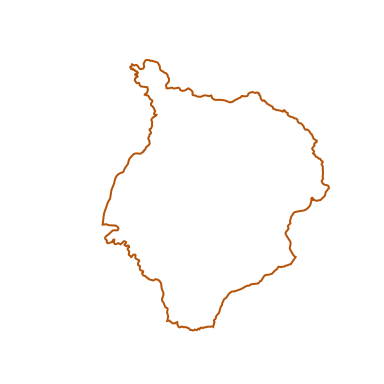 outline of Muecate, Nampula, Mozambique, rotated 215°
{"feature_id": "85939544B7087427782291", "entity_name": "Muecate", "entity_type": "district", "adm_level": 2, "iso_a3": "MOZ", "parent_name": "Mozambique", "parent_adm1": "Nampula", "projection": "robinson", "projection_center": [39.557, -14.66], "detail": "fine", "context": "isolated", "style": "outline", "palette": "amber", "viewbox_px": 384, "rotation_deg": 215, "n_neighbors": 0, "source": "geoboundaries", "source_scale": "gbopen_adm2", "svg_char_len": 6011}
<svg xmlns="http://www.w3.org/2000/svg" viewBox="0 0 384 384"><g transform="rotate(215 192 192)"><path d="M116.4,78.6L114.2,78.0L113.6,78.5L111.3,79.4L110.8,81.0L108.8,81.6L108.2,83.9L107.2,83.9L107.0,85.8L106.7,86.1L105.0,86.8L104.7,87.7L103.1,89.1L102.7,89.9L102.0,90.4L101.7,90.9L99.9,92.0L98.3,93.6L97.3,93.7L97.8,94.4L98.0,96.1L98.7,96.8L98.8,98.2L100.0,98.8L100.5,99.6L100.5,100.0L100.0,100.9L100.0,101.8L101.0,104.3L100.6,108.7L102.6,114.4L102.5,116.7L103.4,118.0L103.7,120.3L104.1,121.7L104.2,122.6L103.3,125.0L103.4,129.7L103.0,131.5L102.1,133.4L100.2,135.0L96.2,140.5L93.4,146.3L92.6,147.3L91.4,148.1L91.0,149.7L90.5,150.4L85.6,154.8L85.1,156.0L85.1,157.9L84.4,158.8L84.7,165.0L83.8,166.5L81.6,168.4L79.6,170.9L79.1,174.8L78.2,177.7L78.4,180.0L77.9,180.7L76.0,181.5L74.7,183.1L73.5,183.9L73.3,185.1L72.3,186.0L70.4,188.9L69.7,189.3L69.8,198.2L71.3,198.1L73.6,198.8L79.2,201.5L80.0,202.6L81.5,206.2L82.9,207.7L90.2,210.7L91.8,211.9L92.1,213.4L91.8,217.0L92.3,217.8L93.7,218.7L94.0,219.8L93.4,222.7L95.1,224.5L96.5,228.5L96.7,232.8L96.4,234.2L95.4,235.5L89.7,241.1L88.7,242.8L87.8,245.6L87.6,248.4L87.9,250.0L89.0,253.0L90.4,255.0L90.5,255.9L90.1,256.3L88.8,256.0L88.1,255.1L87.2,255.7L85.1,256.1L82.1,259.2L81.0,265.3L82.4,268.7L82.1,273.7L82.6,274.3L83.6,275.1L84.7,275.2L87.7,274.0L89.2,273.9L90.3,274.2L91.9,275.2L92.2,275.7L92.3,278.2L94.0,279.7L94.9,281.8L97.6,285.2L99.5,288.0L101.6,288.8L101.9,289.4L102.0,291.4L102.4,291.9L104.0,291.8L106.0,292.7L107.3,292.1L109.2,292.4L111.1,292.0L113.3,293.2L114.4,292.9L115.0,293.1L115.0,294.5L115.5,295.4L117.8,296.0L118.6,296.6L118.3,300.5L119.0,300.8L119.5,301.6L119.4,303.0L118.7,303.9L118.7,304.7L119.0,305.4L119.3,305.6L119.9,305.3L121.1,305.5L123.0,305.4L126.8,307.9L128.1,307.9L131.3,309.3L133.7,309.2L134.3,308.3L134.9,308.1L136.6,308.6L137.9,309.6L140.6,310.6L142.1,310.6L143.7,310.0L145.3,310.1L146.4,310.8L147.0,311.6L148.2,311.9L149.1,311.8L150.5,311.0L151.9,311.1L155.3,310.0L157.1,309.9L157.8,310.1L158.3,310.5L158.7,311.5L161.5,311.3L162.3,311.8L163.5,311.9L163.8,311.2L163.6,310.3L163.8,309.9L166.5,309.3L170.0,307.5L171.8,307.3L173.2,306.8L173.6,306.9L174.5,308.0L181.5,307.4L183.1,308.1L183.7,307.9L184.5,308.4L185.6,308.3L185.9,307.6L186.8,307.2L188.5,307.6L189.9,308.5L190.9,309.7L191.5,310.0L193.1,310.2L193.3,310.9L194.1,310.9L194.5,311.3L196.3,310.5L197.0,309.4L199.9,308.5L201.4,306.8L202.1,305.0L201.7,302.8L201.9,302.1L204.1,300.2L204.9,300.1L206.3,299.1L206.4,297.2L207.4,296.1L208.0,294.3L209.2,292.7L210.6,289.0L212.3,287.2L217.8,285.8L221.6,283.8L225.4,281.1L226.9,280.4L229.5,280.5L231.3,282.0L231.7,282.1L232.9,280.4L235.9,279.1L237.3,278.2L238.4,276.8L239.1,275.3L240.2,274.5L242.3,273.3L244.6,272.9L246.8,271.9L247.4,272.0L248.5,274.0L250.4,274.9L254.4,274.9L256.0,271.2L257.9,269.3L259.9,268.8L261.5,269.7L262.8,269.8L265.9,266.6L266.9,266.1L268.2,266.1L271.0,263.1L272.5,262.5L273.3,263.5L274.3,264.0L274.6,264.5L274.7,265.2L274.3,268.8L274.5,269.6L276.0,271.8L277.9,272.6L279.3,273.9L281.2,274.4L283.3,273.9L285.4,274.1L286.5,273.8L287.7,273.9L289.1,274.7L290.2,276.2L290.9,276.7L293.7,278.1L295.0,278.2L300.2,276.5L301.5,275.4L302.8,275.5L303.5,274.9L304.8,274.2L305.5,273.4L305.6,272.3L305.2,269.4L302.8,266.8L302.9,264.9L304.5,263.2L306.0,263.0L308.1,263.9L310.2,264.3L310.7,264.1L311.9,262.5L314.3,262.2L313.7,260.3L314.3,259.4L314.3,258.9L314.1,258.6L312.9,258.4L312.5,257.9L311.5,258.2L311.2,259.0L310.3,258.4L309.1,259.1L308.0,258.6L306.6,259.1L304.9,258.8L304.6,257.4L305.6,257.1L306.1,255.8L305.4,255.3L303.6,255.8L302.8,255.5L303.2,253.7L303.7,253.4L303.8,253.0L303.5,251.7L302.7,250.5L299.9,249.5L299.4,249.7L298.2,251.0L297.5,250.8L296.3,249.6L294.4,249.2L288.7,252.2L286.6,250.3L286.3,249.4L285.8,247.2L286.5,245.8L286.5,244.6L285.2,244.8L284.1,245.6L283.0,245.7L279.6,244.2L277.3,244.2L276.6,243.8L276.3,243.0L276.4,241.1L275.6,239.8L274.9,239.5L273.5,239.6L272.5,239.1L271.3,238.9L270.1,237.8L268.8,237.4L268.5,237.1L268.2,234.7L267.2,233.8L266.7,233.9L265.7,234.9L265.3,234.9L265.5,233.0L266.8,230.5L266.9,228.2L266.6,227.7L264.8,226.5L264.0,225.0L262.8,223.7L262.0,220.9L262.1,220.1L262.6,219.6L262.7,219.0L262.4,218.5L260.0,217.5L259.4,216.8L259.4,216.1L259.8,214.9L259.1,213.4L258.8,211.2L258.4,210.6L256.8,209.8L255.6,208.8L254.7,207.7L254.2,206.4L255.3,202.2L254.7,200.2L255.3,198.0L254.8,197.4L256.0,194.2L257.0,193.2L259.5,191.9L260.7,190.8L261.4,189.7L261.8,188.1L262.3,183.3L261.6,180.7L260.6,178.5L260.6,172.6L259.8,169.2L260.2,168.2L261.6,166.3L262.7,163.7L262.9,162.3L262.7,159.6L261.7,156.4L260.8,154.7L259.1,147.4L255.3,139.6L255.0,135.4L252.1,125.1L251.0,122.5L246.5,114.0L243.8,116.4L241.0,117.1L235.5,120.6L234.6,120.8L232.6,120.7L231.4,120.1L231.0,118.8L231.1,117.8L234.1,115.8L234.9,114.8L236.0,109.6L237.0,106.7L237.1,105.2L236.6,104.2L235.6,103.6L234.2,103.6L233.7,103.2L233.1,102.1L232.7,101.8L231.6,101.8L230.9,102.3L229.0,105.0L228.4,105.4L229.1,106.5L229.1,107.7L228.8,108.2L228.3,108.4L228.0,108.2L227.4,106.3L226.9,105.7L225.3,105.1L224.6,105.4L222.9,107.9L220.5,108.1L219.6,112.5L218.4,113.2L217.3,113.1L216.8,111.9L217.2,110.6L217.1,110.0L216.4,109.8L214.7,109.9L213.9,111.5L212.7,111.6L211.9,110.7L212.3,109.4L212.2,108.6L211.8,108.1L209.2,107.2L208.0,104.6L207.3,104.2L205.7,104.2L204.5,103.7L204.3,104.0L204.3,106.1L204.0,107.0L203.3,107.7L202.5,108.1L201.9,107.8L201.0,105.9L199.9,105.2L196.0,105.7L195.6,105.1L195.5,102.9L194.7,101.7L194.1,101.3L192.1,101.4L191.0,99.5L190.3,98.8L189.5,98.5L186.5,99.0L186.0,98.0L186.4,97.2L186.2,96.7L185.0,96.0L184.0,95.7L181.7,96.4L180.5,95.9L179.2,96.2L177.4,95.8L173.2,97.2L172.6,97.8L172.0,99.6L169.8,100.5L167.9,100.6L165.0,99.5L161.2,95.3L157.3,92.8L156.4,91.3L155.2,87.3L154.4,86.0L151.4,84.8L147.9,82.4L145.5,82.6L144.7,82.1L143.5,79.2L140.1,76.4L138.3,72.1L136.6,73.8L135.8,73.5L132.9,73.3L131.8,73.7L130.7,74.5L130.1,76.1L129.4,76.9L127.8,74.9L126.9,74.6L126.1,74.0L125.0,73.8L124.0,74.4L123.6,75.4L123.0,76.1L121.3,76.4L120.1,77.4L118.8,78.1L117.4,78.1L116.4,78.6Z" fill="none" stroke="#b45309" stroke-width="2"/></g></svg>